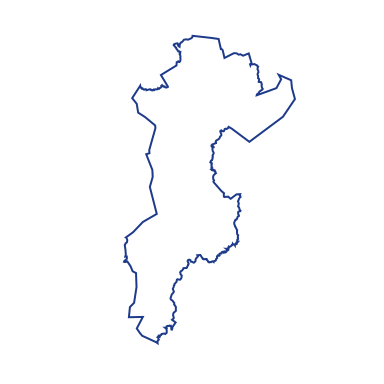 Chínipas, Chihuahua, Mexico (orthographic projection), rotated 13°
{"feature_id": "50627088B8922966525201", "entity_name": "Chínipas", "entity_type": "district", "adm_level": 2, "iso_a3": "MEX", "parent_name": "Mexico", "parent_adm1": "Chihuahua", "projection": "orthographic", "projection_center": [-108.464, 27.395], "detail": "fine", "context": "isolated", "style": "outline", "palette": "blue", "viewbox_px": 384, "rotation_deg": 13, "n_neighbors": 0, "source": "geoboundaries", "source_scale": "gbopen_adm2", "svg_char_len": 6044}
<svg xmlns="http://www.w3.org/2000/svg" viewBox="0 0 384 384"><g transform="rotate(13 192 192)"><path d="M190.0,46.9L188.3,45.8L187.9,46.1L183.5,36.9L175.5,37.6L157.4,39.7L157.5,41.1L156.9,42.2L154.6,44.0L153.7,44.5L151.8,44.6L149.8,45.5L149.3,46.8L148.2,48.5L147.7,48.7L147.0,50.1L146.9,52.0L147.1,52.4L147.2,53.3L146.1,52.9L145.3,52.0L144.9,50.7L144.4,50.4L142.9,51.0L141.1,52.3L141.2,53.2L142.8,54.1L143.6,55.0L144.1,55.0L144.8,56.2L145.8,56.8L146.7,57.9L147.2,58.2L147.9,57.8L148.6,58.2L149.1,58.1L149.3,59.2L148.9,60.1L149.3,60.2L149.4,60.9L150.2,62.2L150.3,63.5L150.5,63.7L151.0,65.7L151.1,67.2L150.5,68.2L150.2,68.3L149.2,67.8L148.9,68.5L147.9,69.0L148.4,72.2L135.4,85.0L144.8,94.7L144.8,95.2L143.5,96.0L142.2,96.0L141.6,95.3L140.7,95.7L139.9,95.2L139.4,95.6L138.7,94.7L138.2,95.4L138.4,96.6L137.7,97.7L136.9,98.2L136.7,98.9L135.9,99.1L135.5,98.7L135.3,99.5L134.8,99.9L133.0,100.2L132.4,101.1L131.7,100.8L131.3,101.5L130.4,101.5L130.2,102.0L128.8,101.8L128.5,101.3L128.0,101.3L124.8,103.0L124.7,102.6L124.1,102.3L123.3,102.3L122.3,103.1L121.1,102.8L120.7,102.3L119.9,102.6L119.4,101.7L119.1,101.6L118.7,101.9L118.1,101.7L117.6,100.2L112.6,114.0L118.3,118.5L121.7,126.8L129.3,129.5L141.1,135.4L142.0,138.0L140.9,160.7L141.8,163.8L138.9,165.5L148.4,179.4L150.3,186.1L149.8,196.6L162.6,221.3L150.9,232.2L143.6,244.5L137.8,251.2L138.4,251.4L139.5,252.9L139.9,254.1L139.9,255.7L138.8,257.0L138.8,257.8L138.4,258.7L140.2,263.4L141.6,267.9L141.5,270.0L142.9,269.5L143.5,271.2L143.3,272.3L141.6,274.4L141.5,275.3L142.7,275.3L144.6,274.2L148.7,278.0L152.0,282.6L155.7,283.6L159.3,297.0L160.5,313.0L157.4,318.1L158.7,328.2L172.2,324.8L168.9,337.4L172.8,341.0L175.8,343.3L190.8,346.4L192.5,347.1L191.9,345.1L192.8,343.5L192.5,343.4L191.8,341.4L191.2,341.2L191.8,340.5L191.6,340.1L191.9,339.5L192.1,339.6L192.6,340.7L193.1,340.6L193.2,340.0L192.8,339.1L194.1,338.3L194.3,337.2L194.9,337.1L195.5,336.6L197.2,336.1L197.8,336.4L198.9,335.2L198.9,334.2L198.1,331.3L196.2,330.3L197.8,329.9L197.4,329.2L197.5,328.7L198.2,328.0L199.6,327.8L200.1,327.2L201.0,327.5L201.5,327.1L202.2,328.2L202.7,330.3L202.9,330.6L203.4,330.6L203.5,329.1L203.2,328.3L205.4,322.8L201.3,321.0L202.3,319.7L202.6,318.8L201.4,316.6L201.1,315.1L201.3,313.8L203.0,311.5L202.1,307.5L201.4,307.0L200.9,306.3L199.9,305.7L199.6,303.9L198.5,303.3L197.9,302.5L195.7,301.5L195.1,300.8L195.0,300.2L195.3,296.5L196.6,294.0L196.7,293.1L195.1,290.8L195.5,288.9L195.4,287.2L195.8,286.7L195.6,285.7L197.1,283.0L197.0,280.8L197.5,280.3L200.0,280.2L200.5,279.6L201.0,278.1L200.8,275.7L199.3,274.7L199.0,273.5L198.5,272.9L198.9,271.8L200.1,270.6L200.7,269.1L200.8,268.1L203.8,267.3L204.1,266.6L204.1,265.8L204.7,264.3L204.5,263.6L204.9,263.0L204.8,262.5L203.4,260.7L203.3,259.7L203.8,258.9L204.8,258.5L205.9,258.9L206.4,260.1L208.2,260.0L209.3,260.5L210.0,260.2L210.9,258.7L210.7,256.3L212.3,253.3L211.5,252.4L214.3,251.5L217.6,254.7L218.0,254.5L218.4,254.9L218.8,254.9L219.8,254.3L221.3,254.0L221.5,254.1L221.6,254.9L222.6,255.2L223.5,256.4L224.4,256.7L224.7,256.7L225.2,256.1L226.3,256.1L227.2,255.1L227.8,254.9L228.7,255.3L228.6,254.6L229.7,254.2L230.6,253.3L230.4,252.1L231.4,250.8L230.8,249.2L231.4,247.9L232.5,248.2L233.1,247.8L233.2,247.4L232.6,246.4L233.3,245.5L234.4,245.3L234.4,244.2L235.0,243.5L236.1,244.0L236.3,243.3L236.8,243.4L237.0,242.6L237.3,242.6L237.9,243.5L238.7,242.9L239.0,242.3L238.8,240.4L239.2,240.3L239.4,241.0L240.0,240.7L239.7,240.2L238.5,239.7L240.1,239.5L239.6,238.8L240.2,238.5L240.1,238.2L240.4,237.8L240.0,237.3L240.1,236.9L240.8,237.3L242.6,235.4L242.7,234.7L243.3,234.4L243.3,233.4L243.8,233.9L244.0,233.6L244.9,233.6L245.6,234.2L245.4,233.5L245.9,233.4L246.1,232.7L246.5,232.5L246.9,232.8L247.3,232.5L247.2,232.0L246.5,231.9L246.7,230.9L247.1,230.6L247.7,230.7L248.0,230.1L247.6,230.2L247.4,229.3L246.8,228.7L247.5,227.3L246.9,226.5L247.0,225.7L246.7,225.3L246.7,223.7L245.6,223.1L244.8,220.9L244.6,219.1L244.3,219.0L243.6,217.8L242.9,217.2L242.5,216.4L241.6,215.9L241.5,215.3L240.4,213.7L240.0,212.3L240.6,209.2L241.4,209.0L241.8,208.3L242.1,205.7L243.1,204.8L242.9,204.1L241.9,203.0L241.5,201.3L241.7,200.7L243.4,199.8L243.5,199.4L242.3,198.4L241.3,196.4L240.2,195.8L240.2,192.8L239.6,191.6L239.0,191.0L238.9,190.5L239.2,189.6L239.3,188.0L240.0,186.4L240.4,185.9L239.5,184.8L239.7,184.5L239.5,184.2L239.1,184.1L239.3,183.3L235.9,184.3L231.2,189.9L228.2,188.4L227.8,188.7L225.8,189.1L224.9,189.6L224.1,189.4L223.4,186.7L223.5,186.0L220.5,184.5L210.9,177.6L210.5,176.9L210.9,175.7L209.7,174.5L209.1,172.0L209.4,170.6L210.9,168.5L210.6,168.4L210.6,167.5L210.0,167.3L209.9,166.7L209.3,166.6L209.3,165.9L208.7,165.8L208.7,166.1L208.2,166.0L208.3,165.6L207.9,165.5L207.8,165.8L207.4,166.2L206.8,166.2L206.9,165.8L206.5,165.7L206.9,165.5L206.8,165.1L205.6,164.6L205.5,163.7L205.9,163.3L205.3,162.9L205.3,162.1L204.8,161.3L205.0,160.3L204.7,160.0L204.9,159.7L204.7,159.4L203.2,159.0L203.4,157.5L203.8,157.3L203.9,156.6L204.4,156.4L204.5,155.9L204.5,154.6L204.2,154.0L204.4,153.0L203.8,151.8L204.4,149.7L204.2,148.7L202.9,147.3L202.3,145.8L202.2,144.3L202.3,143.9L203.0,143.5L202.8,143.1L202.3,142.7L201.5,143.4L201.1,143.4L200.6,142.7L200.5,142.2L201.2,141.0L204.4,138.9L204.3,138.4L203.8,137.7L203.9,136.8L204.1,136.3L206.2,134.4L206.8,132.9L206.9,131.7L207.7,130.5L207.8,130.0L207.5,128.9L206.0,126.9L206.0,125.9L206.8,125.3L207.7,125.9L209.2,125.7L209.6,124.8L209.7,123.3L210.6,122.7L211.6,122.8L212.9,121.4L213.0,120.3L216.4,121.3L236.6,130.2L263.7,98.2L271.4,78.3L266.0,68.2L263.5,60.8L250.1,58.3L253.5,62.1L250.9,71.8L233.3,83.2L233.3,82.3L234.7,80.6L235.1,79.0L237.7,76.1L237.6,75.4L237.0,75.0L236.4,74.0L235.8,72.4L235.9,71.7L234.7,69.5L233.5,69.5L232.6,69.8L232.2,69.7L232.2,67.5L231.7,66.6L230.8,66.3L230.3,64.0L229.4,62.7L229.5,61.1L229.8,60.4L229.2,58.8L228.3,57.8L228.0,56.4L228.2,54.9L227.6,54.8L227.0,54.1L224.0,53.3L222.2,54.1L221.0,54.2L220.5,54.7L220.4,55.4L219.9,54.6L219.2,55.0L221.1,53.1L216.1,44.2L211.1,47.7L208.2,46.9L206.5,47.7L204.9,47.0L203.9,46.9L201.6,47.3L193.5,54.1L190.0,46.9Z" fill="none" stroke="#1e3a8a" stroke-width="2"/></g></svg>